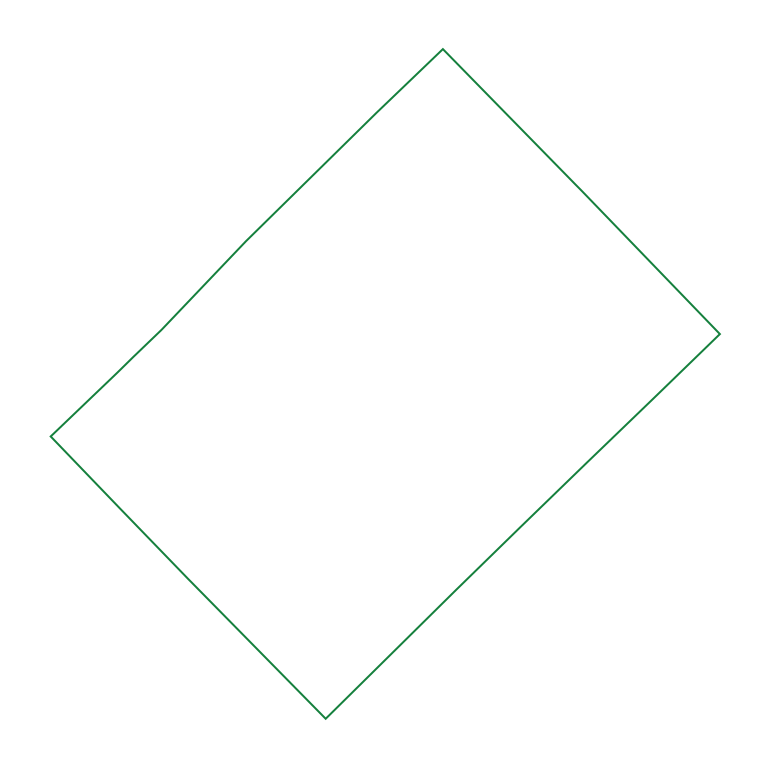 the district of Kent, Michigan, United States of America, rotated 46°
{"feature_id": "52423323B87728930289952", "entity_name": "Kent", "entity_type": "district", "adm_level": 2, "iso_a3": "USA", "parent_name": "United States of America", "parent_adm1": "Michigan", "projection": "natural_earth1", "projection_center": [-85.582, 43.031], "detail": "fine", "context": "isolated", "style": "outline", "palette": "green", "viewbox_px": 768, "rotation_deg": 46, "n_neighbors": 0, "source": "geoboundaries", "source_scale": "gbopen_adm2", "svg_char_len": 381}
<svg xmlns="http://www.w3.org/2000/svg" viewBox="0 0 768 768"><g transform="rotate(46 384 384)"><path d="M183.7,201.2L185.4,384.2L190.5,506.5L190.4,545.5L190.6,567.7L190.2,660.2L289.5,660.4L387.6,660.3L584.3,658.5L582.2,475.5L581.7,385.4L581.5,291.9L581.6,199.9L581.4,107.7L382.4,107.6L373.4,107.7L184.0,109.0L183.7,201.2Z" fill="none" stroke="#15803d" stroke-width="2"/></g></svg>